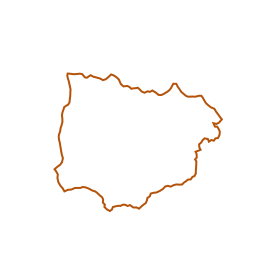 outline of Urupês, São Paulo, Brazil, rotated 152°
{"feature_id": "56859067B23946019327123", "entity_name": "Urupês", "entity_type": "district", "adm_level": 2, "iso_a3": "BRA", "parent_name": "Brazil", "parent_adm1": "São Paulo", "projection": "natural_earth1", "projection_center": [-49.27, -21.219], "detail": "fine", "context": "isolated", "style": "outline", "palette": "amber", "viewbox_px": 256, "rotation_deg": 152, "n_neighbors": 0, "source": "geoboundaries", "source_scale": "gbopen_adm2", "svg_char_len": 2290}
<svg xmlns="http://www.w3.org/2000/svg" viewBox="0 0 256 256"><g transform="rotate(152 128 128)"><path d="M207.1,100.3L205.0,100.1L202.8,99.9L200.6,98.7L198.0,97.4L195.8,97.2L193.3,95.5L190.8,92.5L188.6,89.2L186.7,87.4L185.5,84.7L184.7,82.1L183.4,79.1L183.5,76.6L185.2,73.9L184.4,71.2L185.9,69.4L184.8,66.0L183.0,63.2L180.4,63.6L178.5,65.3L175.8,64.7L173.2,63.9L171.1,62.7L168.8,62.8L166.7,61.7L164.9,59.3L162.4,59.0L160.6,55.3L157.7,53.8L156.1,51.6L153.3,52.4L149.9,53.1L147.5,53.4L145.2,55.3L143.6,57.2L140.9,57.4L138.7,59.4L136.0,58.9L133.5,57.8L131.4,57.6L129.0,57.5L125.7,57.8L122.6,58.9L119.9,58.2L117.9,56.2L114.6,56.1L111.8,55.5L109.5,54.0L106.7,52.7L104.5,53.5L101.6,53.8L99.4,54.3L96.7,53.2L94.0,54.6L91.9,54.3L89.4,56.1L88.1,58.6L86.4,61.2L84.7,64.0L83.3,66.5L83.5,68.8L81.2,69.6L79.6,72.9L79.5,75.3L77.1,75.0L74.2,74.7L74.1,77.4L72.9,80.2L70.2,80.8L68.1,82.1L65.3,82.9L62.6,80.7L63.0,78.0L60.2,78.3L58.1,76.5L55.8,77.8L53.2,76.9L50.4,79.0L48.7,81.5L48.4,84.5L48.6,87.3L50.6,88.4L50.3,92.1L47.9,90.0L44.9,90.1L41.1,91.6L41.6,94.5L42.0,97.5L42.6,101.4L42.7,104.4L45.2,107.5L46.4,110.3L47.4,113.0L47.7,115.6L47.7,119.0L48.1,122.0L49.9,123.0L53.7,124.0L57.0,125.8L60.4,127.5L61.9,129.5L62.8,131.8L64.1,135.1L64.3,138.2L64.7,140.9L64.6,144.3L67.2,145.8L71.6,142.9L74.3,141.8L76.9,141.5L80.4,141.3L83.2,141.5L85.5,142.9L86.8,146.2L88.9,149.7L91.6,149.6L93.5,151.2L96.9,151.4L98.8,153.8L99.6,156.6L100.4,158.9L102.6,159.6L104.7,160.5L106.7,161.1L107.4,163.4L108.8,165.4L112.5,166.9L113.7,170.2L113.3,175.1L114.2,177.8L115.6,180.7L117.8,183.2L121.6,182.1L124.7,181.5L127.6,182.0L129.6,185.0L132.6,187.8L134.6,189.7L136.3,192.2L140.7,191.7L142.3,193.0L143.2,197.2L145.3,198.7L147.4,199.5L150.7,201.0L153.2,202.8L155.7,204.4L157.1,202.7L157.9,199.6L158.3,197.2L159.7,192.2L160.6,189.1L162.7,185.6L164.2,183.0L166.1,180.4L167.6,178.1L169.9,176.7L172.1,176.7L174.6,176.3L176.6,174.3L178.6,172.5L180.4,170.1L181.5,167.2L183.2,163.9L185.4,161.6L187.7,159.4L189.3,157.1L192.2,154.4L193.4,152.6L194.4,150.0L195.2,146.8L196.5,143.0L197.6,139.7L198.8,136.1L199.7,131.8L202.5,128.7L205.4,127.3L207.7,127.1L210.0,126.6L212.2,126.1L211.8,123.4L211.7,120.1L213.8,116.9L214.9,113.0L214.8,108.7L214.0,105.6L213.9,101.9L209.9,101.6L207.1,100.3Z" fill="none" stroke="#b45309" stroke-width="2"/></g></svg>